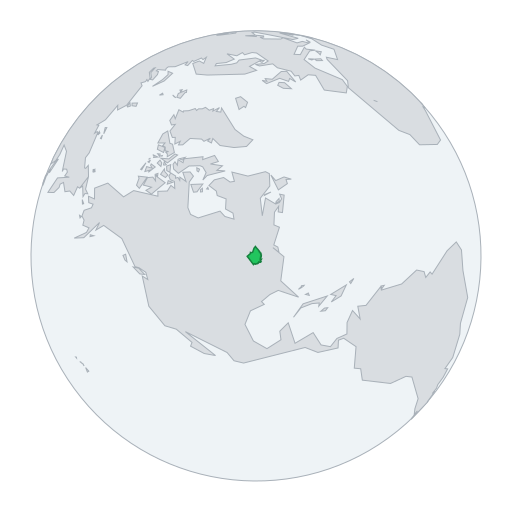 globe centered on Ohio, rotated 321°
{"feature_id": "USA-3550", "entity_name": "Ohio", "entity_type": "State", "adm_level": 1, "iso_a3": "USA", "parent_name": "United States of America", "parent_adm1": "", "projection": "orthographic", "projection_center": [-82.407, 40.365], "detail": "fine", "context": "on_globe", "style": "filled", "palette": "green", "viewbox_px": 512, "rotation_deg": 321, "n_neighbors": 0, "source": "natural_earth", "source_scale": "10m", "svg_char_len": 12102}
<svg xmlns="http://www.w3.org/2000/svg" viewBox="0 0 512 512"><g transform="rotate(321 256 256)"><circle cx="256" cy="256" r="225" fill="#eef3f6" stroke="#a8b0b8"/><path d="M273.7,480.6L278.2,480.0L274.2,480.3L284.0,477.9L279.1,478.8L283.5,474.6L292.2,468.9L301.0,448.2L296.8,443.9L280.3,439.7L260.5,419.4L266.4,409.5L261.8,405.0L276.7,389.4L272.4,375.1L267.1,373.3L261.9,379.1L243.4,369.9L236.6,358.0L179.0,331.4L173.0,323.6L172.8,312.8L153.5,270.3L161.9,307.9L154.4,299.2L148.4,284.9L151.9,282.9L148.0,262.7L141.3,252.9L141.1,227.6L155.0,200.0L157.1,206.2L160.1,199.3L157.7,191.5L155.3,188.1L162.7,158.0L156.9,136.4L147.9,135.1L155.5,131.5L133.7,133.4L126.0,127.7L139.1,131.0L143.9,129.0L140.8,123.1L145.0,119.9L145.9,115.4L151.2,112.3L158.5,115.0L162.0,113.2L159.6,109.3L163.4,104.1L166.4,110.0L173.3,101.7L186.7,106.1L190.3,126.7L202.1,128.2L217.4,147.8L220.4,144.0L228.0,149.7L234.3,147.6L235.4,152.4L239.5,146.7L237.4,142.8L238.5,139.2L242.0,137.7L243.9,143.3L242.4,144.9L244.8,145.8L244.3,149.3L246.5,146.8L248.5,154.1L251.8,144.9L257.7,149.2L257.6,154.6L250.7,156.5L233.5,175.5L231.3,182.5L235.0,190.0L256.3,198.5L256.7,205.7L262.1,213.5L265.1,208.2L261.9,200.3L268.7,192.8L263.9,184.6L266.0,180.6L263.8,171.6L271.5,170.6L280.2,174.6L282.4,182.2L286.2,184.4L290.1,175.6L300.0,188.8L316.4,196.4L318.2,200.4L310.8,210.3L295.7,213.8L286.2,228.7L299.9,216.9L304.0,228.0L307.8,229.2L311.9,227.7L313.3,222.8L316.2,226.4L303.9,238.9L301.0,235.7L304.9,231.6L297.9,233.6L289.5,243.1L292.3,248.4L276.8,258.6L278.6,262.8L276.2,267.6L274.4,260.1L277.3,274.1L259.6,290.9L263.2,314.8L251.6,296.7L242.5,294.7L231.6,294.9L232.0,298.8L217.2,295.1L204.4,302.2L200.5,320.4L206.2,334.9L222.7,336.8L227.2,329.4L239.0,328.2L231.4,348.4L252.2,351.5L250.6,366.1L256.8,373.3L267.0,371.0L277.6,373.8L284.9,365.0L296.7,359.1L297.3,370.5L303.5,359.1L310.4,363.6L333.6,358.3L332.0,361.4L351.6,369.4L372.0,368.0L376.8,373.9L374.4,379.5L381.3,378.0L381.4,380.9L407.8,372.2L420.5,371.1L419.5,380.6L407.7,397.5L394.4,421.5L372.5,437.0L365.1,445.1L345.0,458.7L332.0,462.4L333.9,464.3L325.2,468.0L316.2,470.4L313.2,472.3L306.5,473.8L309.9,473.7L297.1,477.2L298.5,477.2L297.1,477.5L273.7,480.6ZM51.9,240.1L53.4,235.5L53.6,240.3L51.9,240.1ZM53.6,231.5L53.2,233.3L53.4,231.6L53.6,231.5ZM53.3,229.4L53.5,230.9L53.1,229.6L53.3,229.4ZM52.6,227.1L53.1,228.2L52.9,228.3L52.6,227.1ZM262.5,322.8L286.2,331.9L273.2,334.5L275.6,332.3L269.5,328.2L258.2,324.6L246.6,327.2L262.5,322.8ZM52.3,222.4L52.3,221.0L52.8,221.6L52.3,222.4ZM272.1,309.3L268.0,308.6L272.0,308.3L272.1,309.3ZM153.6,187.2L157.2,191.7L157.9,200.3L154.4,196.8L153.6,187.2ZM153.0,171.8L155.8,172.6L152.1,179.4L151.6,176.7L153.0,171.8ZM140.6,135.2L142.7,138.2L139.2,136.5L140.6,135.2ZM145.1,115.4L143.2,115.7L144.5,113.3L145.1,115.4ZM259.8,172.8L261.8,172.3L261.1,174.2L259.8,172.8ZM257.0,169.6L254.8,172.4L253.1,171.3L254.5,169.6L257.0,169.6ZM153.8,106.4L156.5,102.8L155.0,106.9L153.8,106.4ZM260.0,166.6L250.5,169.0L247.6,167.1L250.4,159.4L260.0,166.6ZM158.9,101.0L165.3,92.6L161.6,92.3L175.8,88.9L165.6,96.8L164.4,101.8L162.4,99.8L158.9,101.0ZM235.2,142.2L237.6,146.3L232.3,144.3L235.2,142.2ZM231.5,141.9L213.7,142.1L211.8,135.7L218.1,136.8L213.1,130.0L221.0,126.8L225.5,129.8L225.2,134.4L228.4,129.8L231.5,141.9ZM182.7,88.6L185.3,87.2L184.0,89.2L182.7,88.6ZM238.5,137.6L235.0,138.0L233.2,132.5L239.7,130.6L238.2,133.0L238.5,137.6ZM207.9,130.0L207.7,125.8L214.0,122.0L214.8,119.9L221.0,126.2L207.9,130.0ZM240.4,133.5L243.1,129.9L247.2,131.3L241.7,136.8L240.4,133.5ZM229.9,131.9L229.4,129.2L231.8,130.1L229.9,131.9ZM263.1,134.8L259.1,135.1L257.7,132.2L263.1,134.8ZM243.8,128.5L242.4,128.0L241.4,127.0L244.0,125.0L243.8,128.5ZM225.0,123.2L227.7,122.6L222.8,120.4L227.3,117.7L230.6,122.5L231.1,119.3L232.5,118.5L233.7,123.4L225.0,123.2ZM243.6,120.1L249.4,125.7L257.2,125.7L258.6,128.2L245.8,127.9L243.6,120.1ZM237.7,121.6L241.7,121.1L241.4,124.3L238.4,126.6L237.7,121.6ZM229.2,114.3L221.4,117.1L220.9,116.0L229.2,114.3ZM245.9,119.3L244.5,118.0L246.5,119.0L245.9,119.3ZM234.4,115.0L231.7,116.1L231.3,114.8L234.4,115.0ZM243.9,114.6L245.7,116.4L243.8,117.9L243.9,114.6ZM239.6,114.3L239.6,112.3L242.0,117.3L238.4,115.0L239.6,114.3ZM234.4,113.6L233.3,113.2L235.6,113.4L234.4,113.6ZM250.1,108.2L253.5,114.3L249.3,117.4L246.5,111.0L250.1,108.2ZM432.9,116.5L430.4,113.4L430.2,113.2L429.9,112.8L434.9,119.0L433.3,117.4L435.3,119.5L444.9,133.3L453.5,147.7L461.0,162.6L467.4,178.2L472.6,194.1L476.6,210.4L479.4,226.9L480.9,243.6L480.8,241.2L480.5,239.4L480.6,247.5L479.6,245.5L479.1,249.7L472.4,282.0L467.1,283.4L453.1,272.5L452.0,258.5L446.1,248.3L433.7,183.4L437.5,177.4L435.0,148.0L435.8,145.8L443.0,154.7L446.7,144.4L439.7,133.4L436.1,122.4L429.4,112.5L414.7,97.6L425.8,113.4L420.9,111.0L406.5,93.7L395.9,81.2L393.6,79.9L394.6,84.2L386.3,78.1L394.3,85.6L395.4,84.9L400.4,89.8L399.7,90.8L396.8,88.5L398.4,91.9L411.8,103.0L414.4,103.5L422.0,116.2L427.1,118.4L431.2,123.9L424.3,122.3L420.5,119.2L412.5,123.2L417.2,127.4L425.0,124.2L425.2,126.8L431.6,133.3L426.8,130.4L417.0,133.6L420.1,147.1L434.1,173.3L433.7,181.7L428.8,186.1L413.5,170.0L416.0,153.1L410.6,148.0L401.4,147.4L402.9,142.6L399.5,140.5L399.6,134.5L391.1,123.2L389.9,117.2L378.3,110.5L376.1,106.8L383.6,111.6L388.2,112.1L384.2,98.6L381.0,95.4L373.7,92.4L373.5,89.4L367.1,88.3L360.7,80.6L363.0,89.3L354.6,86.9L346.3,81.5L343.9,82.5L357.5,91.5L362.6,93.8L366.2,93.1L380.3,101.8L383.5,107.0L370.3,104.6L373.3,112.1L361.8,107.6L332.1,84.8L324.0,77.0L328.0,66.6L334.7,68.8L336.6,73.4L342.5,70.3L338.4,70.0L338.2,67.8L330.1,65.6L329.6,64.0L322.7,65.0L321.2,62.8L325.6,62.2L312.3,58.0L306.9,53.8L304.2,53.7L302.7,54.7L296.9,49.2L295.1,49.4L296.3,51.2L293.6,53.0L286.5,54.1L284.9,52.1L287.2,51.4L289.6,47.3L296.1,46.3L294.7,45.6L288.7,46.1L285.7,51.0L281.9,52.3L282.4,49.6L281.9,50.7L279.5,50.8L275.6,49.1L274.6,52.0L250.4,57.4L240.3,55.4L243.4,51.9L224.7,55.4L214.9,54.0L216.1,55.5L207.9,59.0L210.9,59.4L210.8,60.5L191.2,70.9L185.3,72.3L178.2,79.7L178.8,80.7L182.7,80.0L175.8,88.9L161.6,92.3L160.9,89.9L152.4,94.2L152.2,88.3L148.0,85.8L152.7,77.7L149.0,76.9L146.1,78.8L138.9,79.5L134.3,75.6L150.9,70.4L160.5,77.3L157.7,73.4L162.2,72.1L163.5,69.4L161.2,67.3L158.6,68.4L174.6,55.4L176.7,49.0L167.3,53.7L160.5,55.8L154.7,55.4L160.6,51.9L175.2,45.7L190.3,40.5L205.6,36.4L221.2,33.4L237.0,31.5L252.8,30.7L268.7,31.1L284.5,32.5L300.2,35.1L315.7,38.8L330.8,43.5L345.6,49.3L360.0,56.1L373.8,64.0L387.0,72.7L399.6,82.4L411.5,93.0L422.6,104.3L432.9,116.5ZM445.4,209.0L447.5,212.5L445.4,209.0ZM376.8,65.8L375.8,65.2L371.7,62.7L371.8,62.9L375.5,65.1L374.4,65.3L367.2,60.9L364.1,59.7L367.2,61.8L380.5,70.0L382.1,69.4L387.9,73.4L389.0,74.2L376.8,65.8ZM334.3,358.0L337.2,359.5L333.5,360.5L334.3,358.0ZM271.6,339.7L276.5,339.6L279.2,341.3L275.5,342.2L271.6,339.7ZM312.4,334.9L317.9,335.0L312.3,337.0L312.4,334.9ZM289.9,332.9L308.0,335.3L297.0,340.6L285.6,339.1L293.3,337.2L289.9,332.9ZM270.3,317.0L273.4,317.7L272.6,320.1L270.3,317.0ZM275.0,309.1L273.8,309.4L272.2,307.5L275.0,309.1ZM304.7,227.3L305.8,226.4L310.1,225.8L308.4,228.2L304.7,227.3ZM327.5,212.2L331.8,218.5L327.5,215.4L325.9,219.5L315.0,218.7L318.5,202.4L318.8,209.8L327.5,212.2ZM301.4,213.7L307.9,215.7L300.6,214.2L301.4,213.7ZM380.3,137.0L383.2,135.6L387.3,139.3L388.8,148.3L382.8,142.9L380.3,137.0ZM386.2,132.8L372.7,128.7L371.3,123.4L374.4,127.0L374.8,123.9L379.9,128.9L391.7,128.5L396.1,131.8L396.4,145.8L393.9,139.2L391.2,140.8L386.2,132.8ZM340.8,132.1L335.0,131.5L339.4,120.6L344.3,122.5L346.2,131.2L341.3,134.1L340.8,132.1ZM266.8,153.0L264.3,154.4L263.7,152.7L265.5,150.2L266.8,153.0ZM261.3,135.2L277.3,145.5L275.2,147.5L287.1,151.8L286.2,158.9L278.5,155.8L286.7,164.8L279.5,164.8L285.6,170.5L268.7,162.7L262.5,163.5L269.7,159.8L270.7,153.2L269.3,150.6L260.6,143.9L247.7,142.9L246.7,136.6L249.3,132.5L252.3,131.8L252.0,136.0L256.1,132.0L258.0,137.6L261.3,135.2ZM281.1,94.5L279.6,98.5L288.1,93.8L290.0,98.4L290.9,97.6L295.1,100.7L301.6,103.2L301.4,105.5L304.0,105.5L306.8,107.8L310.3,108.7L311.4,113.3L315.8,114.8L313.7,116.2L321.0,117.7L316.1,118.7L319.2,122.0L322.4,119.3L319.3,144.5L321.9,155.1L326.7,163.7L317.6,164.9L307.2,157.9L297.6,147.5L296.4,137.5L292.5,140.1L290.8,136.2L294.6,135.7L287.7,134.1L287.3,130.9L278.8,123.2L269.0,123.5L265.7,120.9L269.3,119.2L263.4,117.9L267.9,113.0L265.6,111.2L267.8,104.7L276.1,102.9L272.8,101.0L274.3,96.4L281.1,94.5ZM250.9,106.4L260.4,102.5L266.1,103.3L260.0,114.2L261.5,116.6L257.7,124.2L249.5,123.0L251.3,120.9L251.2,118.6L253.8,119.8L251.6,117.1L254.0,114.3L253.0,111.5L256.4,110.9L250.9,106.4ZM432.5,140.1L432.4,137.9L431.3,134.0L435.3,138.3L432.5,140.1ZM426.1,142.4L425.4,139.8L430.5,143.5L430.6,145.9L426.1,142.4ZM420.7,135.6L425.0,139.4L422.7,138.8L420.7,135.6ZM382.5,109.3L381.2,106.7L382.7,107.0L385.5,109.1L382.5,109.3ZM306.7,83.4L304.9,85.1L303.5,84.4L296.4,85.8L294.4,82.8L297.9,80.8L306.7,83.4ZM419.1,102.1L423.6,107.1L423.5,107.5L422.0,105.7L419.1,102.1ZM431.8,123.0L430.9,119.5L432.8,124.2L431.8,123.0ZM303.3,80.3L300.6,81.2L301.3,79.2L303.3,80.3ZM292.6,80.7L292.6,78.4L293.3,82.6L292.6,80.7ZM282.3,59.0L294.4,60.1L301.8,59.7L303.9,57.1L306.2,61.5L294.8,62.2L282.3,59.0ZM254.5,57.6L252.7,60.4L250.0,59.4L250.1,58.6L254.5,57.6ZM255.9,59.2L260.2,62.5L257.0,64.2L254.2,61.2L255.9,59.2ZM282.2,70.2L285.9,70.7L285.3,72.2L282.2,70.2ZM140.3,62.7L139.0,63.5L136.4,65.1L140.3,62.7ZM142.4,61.4L145.7,60.4L136.9,65.8L134.2,67.2L136.4,65.3L140.9,62.5L142.4,61.4ZM143.9,61.9L148.3,59.4L162.3,55.7L163.1,56.4L147.7,61.3L151.1,59.3L149.2,59.5L143.9,61.9ZM183.9,86.3L185.2,87.1L182.7,87.5L183.9,86.3ZM212.6,60.6L212.1,62.2L209.2,62.4L212.6,60.6ZM209.1,66.7L212.8,65.3L209.6,67.6L209.1,66.7ZM220.9,62.3L214.6,65.2L219.6,61.3L220.9,62.3Z" fill="#d9dde1" stroke="#a8b0b8" stroke-width="1"/><path d="M253.9,249.8L254.0,250.1L254.3,250.3L254.7,250.5L255.1,250.8L255.9,250.9L256.4,250.6L256.8,250.3L257.2,250.1L257.6,249.8L258.0,249.5L258.5,249.3L258.9,249.0L259.3,248.7L259.7,248.6L260.0,248.6L260.4,248.5L260.8,248.4L261.2,248.3L261.5,248.2L261.5,248.7L261.5,249.1L261.5,249.5L261.5,249.9L261.5,250.3L261.5,250.7L261.5,251.1L261.6,251.5L261.6,251.9L261.6,252.4L261.6,252.8L261.6,253.2L261.6,253.6L261.6,254.0L261.6,254.4L261.6,254.8L261.4,254.9L261.2,254.9L261.2,255.0L261.3,255.3L261.4,255.5L261.3,255.8L261.4,256.0L261.4,256.3L261.2,256.5L261.1,256.8L261.1,257.0L261.0,257.3L261.0,257.5L260.9,257.6L261.0,257.6L260.9,257.7L260.8,257.8L260.8,258.0L260.7,258.2L260.7,258.3L260.8,258.5L260.7,258.6L260.6,258.8L260.4,259.0L260.1,259.3L259.9,259.5L259.7,259.6L259.6,259.8L259.4,259.8L259.2,260.0L259.1,259.9L258.9,259.8L258.6,260.0L258.5,260.3L258.5,260.2L258.5,260.3L258.4,260.3L258.4,260.2L258.3,260.3L258.2,260.3L258.0,260.6L258.0,260.9L258.0,261.0L257.8,261.0L257.9,261.3L257.9,261.5L258.0,261.6L257.9,261.6L257.7,261.6L257.7,261.8L257.5,261.7L257.5,261.4L257.4,261.4L257.2,261.3L257.0,261.5L256.9,261.6L256.8,261.8L256.8,262.0L256.7,262.1L256.6,262.3L256.7,262.5L256.7,262.8L256.7,263.0L256.4,262.9L256.4,263.0L256.3,263.4L256.3,263.5L256.2,263.6L255.9,263.6L255.7,263.7L255.4,263.6L255.3,263.4L255.1,263.2L254.8,263.1L254.7,263.0L254.6,262.8L254.5,262.6L254.5,262.4L254.4,262.3L254.2,262.4L254.2,262.5L253.9,262.6L253.8,262.8L253.7,262.9L253.4,262.8L253.2,262.9L253.1,262.7L252.9,262.6L252.7,262.6L252.3,262.6L252.2,262.7L252.2,262.8L251.9,262.7L251.7,262.5L251.6,262.4L251.4,262.2L251.2,262.2L250.9,262.2L250.5,262.1L250.4,261.9L250.4,261.7L250.3,261.4L250.2,261.4L250.2,261.2L249.9,261.1L249.8,260.9L249.7,260.9L249.3,261.0L249.2,261.0L249.0,260.8L248.9,260.7L248.8,260.8L248.6,260.9L248.6,260.6L248.7,260.2L248.7,259.9L248.7,259.6L248.7,259.3L248.7,259.0L248.7,258.6L248.7,258.3L248.7,258.0L248.7,257.7L248.8,257.4L248.8,257.0L248.8,256.7L248.8,256.4L248.8,256.1L248.8,255.8L248.8,255.4L248.8,255.1L248.8,254.8L248.9,254.5L248.9,254.2L248.9,253.8L248.9,253.5L248.9,253.2L248.9,252.9L248.9,252.6L248.9,252.3L248.9,252.0L248.9,251.6L248.9,251.3L249.0,251.0L249.0,250.7L249.4,250.7L249.7,250.7L249.9,250.7L250.2,250.7L250.4,250.7L250.7,250.7L250.9,250.7L251.2,250.6L251.4,250.6L251.7,250.6L251.9,250.6L252.1,250.6L252.4,250.6L252.6,250.6L253.0,250.6L253.5,250.2L253.9,249.8Z" fill="#22c55e" stroke="#15803d" stroke-width="1.5"/></g></svg>